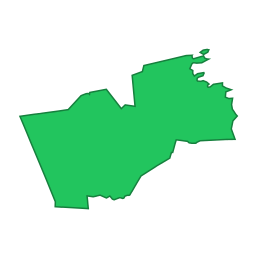 outline of Bristol, Massachusetts, United States of America, rotated 273°
{"feature_id": "52423323B2218191316201", "entity_name": "Bristol", "entity_type": "district", "adm_level": 2, "iso_a3": "USA", "parent_name": "United States of America", "parent_adm1": "Massachusetts", "projection": "robinson", "projection_center": [-71.113, 41.795], "detail": "fine", "context": "isolated", "style": "filled", "palette": "green", "viewbox_px": 256, "rotation_deg": 273, "n_neighbors": 0, "source": "geoboundaries", "source_scale": "gbopen_adm2", "svg_char_len": 2146}
<svg xmlns="http://www.w3.org/2000/svg" viewBox="0 0 256 256"><g transform="rotate(273 128 128)"><path d="M91.6,158.5L98.5,168.9L100.1,171.3L100.5,171.4L101.5,171.6L104.4,172.3L105.9,172.7L105.9,173.7L105.9,173.9L110.0,174.8L112.4,175.3L114.8,175.8L118.0,176.6L118.6,176.7L118.7,177.2L118.2,183.5L118.1,184.4L117.8,188.1L116.4,189.8L116.1,192.6L116.3,195.8L116.4,196.6L117.3,197.5L119.0,200.6L119.1,201.2L121.7,226.5L122.3,235.5L132.5,231.2L140.6,232.4L145.7,236.5L147.3,234.9L150.9,232.3L152.1,231.3L156.8,230.2L163.2,230.9L162.7,227.1L163.9,223.6L169.2,223.8L171.6,229.1L173.1,223.8L175.0,220.1L178.0,220.0L176.1,211.0L173.3,207.9L172.9,206.0L173.4,205.3L175.0,205.3L176.1,206.6L178.0,204.1L179.2,200.6L178.4,198.3L178.5,195.4L178.5,195.0L179.2,194.4L181.3,194.5L182.4,195.7L184.1,200.1L186.8,201.1L187.3,200.8L185.9,194.7L183.4,191.5L185.5,190.0L185.7,189.8L188.8,189.7L190.4,186.6L195.3,188.4L196.2,189.2L196.6,190.3L196.4,193.1L196.4,193.3L197.0,198.3L199.4,202.2L201.0,204.9L201.1,203.0L201.9,200.8L204.0,199.7L200.5,189.7L201.2,188.7L203.7,188.0L204.0,188.2L203.4,182.3L199.5,169.1L197.5,162.3L191.2,140.6L185.1,139.4L180.8,129.4L150.0,133.9L150.9,124.0L147.0,120.3L165.5,104.3L161.5,88.0L159.7,87.8L160.1,87.4L160.3,86.8L160.4,86.5L160.1,84.5L158.8,81.5L157.8,79.4L143.2,67.3L141.8,60.3L141.6,59.4L137.2,36.1L136.8,33.6L134.0,19.5L124.5,24.1L117.0,27.7L108.1,31.9L105.2,33.3L101.1,35.3L95.5,38.0L73.0,48.8L50.6,59.3L45.6,59.4L45.5,66.0L45.6,66.7L45.5,81.9L45.5,84.8L45.4,92.4L45.4,92.6L45.5,92.6L46.9,92.3L47.8,92.2L48.6,92.1L50.2,91.8L50.4,91.8L51.1,91.7L53.4,91.4L54.0,91.3L57.8,90.7L58.1,90.7L57.9,92.4L57.9,92.5L57.5,96.8L58.3,99.8L58.5,100.2L59.5,103.7L59.3,104.1L57.0,110.1L57.2,110.5L59.1,113.4L58.4,114.1L57.8,114.7L56.2,116.1L55.6,117.9L57.9,123.0L58.0,123.2L57.9,123.9L57.9,124.6L57.6,125.5L57.4,126.2L57.5,126.8L57.9,127.6L58.9,128.1L59.5,128.2L60.0,129.0L60.8,131.0L60.8,132.5L61.2,133.3L64.2,134.8L64.6,135.1L74.0,139.9L80.8,143.5L91.1,157.9L91.3,158.1L91.6,158.5ZM207.3,196.1L205.4,199.7L207.9,203.7L210.3,204.6L210.3,204.3L210.6,202.9L209.7,199.0L207.3,196.1Z" fill="#22c55e" stroke="#15803d" stroke-width="1.5"/></g></svg>